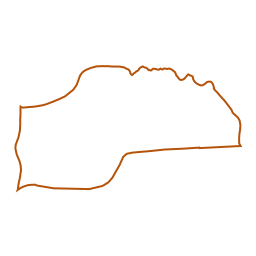 Al Mahfad, Abyan, Yemen
{"feature_id": "15242507B3305834191455", "entity_name": "Al Mahfad", "entity_type": "district", "adm_level": 2, "iso_a3": "YEM", "parent_name": "Yemen", "parent_adm1": "Abyan", "projection": "equal_earth", "projection_center": [46.687, 14.009], "detail": "fine", "context": "isolated", "style": "outline", "palette": "amber", "viewbox_px": 256, "rotation_deg": 0, "n_neighbors": 0, "source": "geoboundaries", "source_scale": "gbopen_adm2", "svg_char_len": 3710}
<svg xmlns="http://www.w3.org/2000/svg" viewBox="0 0 256 256"><path d="M190.1,75.4L189.9,75.3L189.0,74.8L188.2,74.4L187.8,74.8L187.4,75.1L186.8,75.9L186.7,76.1L186.0,76.9L185.3,77.7L184.5,78.5L183.7,79.2L182.7,79.6L181.8,79.9L180.8,79.9L179.9,79.7L179.2,78.9L178.5,78.1L177.8,77.0L177.0,76.2L176.3,75.4L175.9,74.2L175.4,73.1L174.9,72.0L174.0,71.4L173.2,70.7L172.4,70.0L171.6,69.6L170.7,69.1L169.7,68.7L168.7,68.6L167.8,68.9L166.9,69.0L165.9,68.7L165.0,68.5L164.1,68.5L163.2,69.1L162.3,69.5L161.4,69.2L160.5,68.6L159.6,69.2L158.8,69.7L157.8,69.7L156.8,69.3L155.9,69.1L154.9,68.8L153.9,68.8L153.0,68.8L152.2,69.4L151.5,70.3L150.6,70.5L149.6,70.0L148.7,70.1L148.0,69.3L147.3,68.6L146.4,67.9L145.5,67.7L144.5,67.4L143.6,66.9L142.8,66.4L141.9,66.8L141.0,67.3L140.1,67.8L139.3,68.6L138.8,69.6L138.1,70.5L137.2,71.0L136.3,71.4L135.5,72.2L134.5,73.0L133.6,73.5L132.9,74.4L132.0,75.0L131.2,74.4L130.5,73.4L130.2,72.3L129.7,71.1L129.1,70.1L128.3,69.4L127.3,69.1L126.5,68.7L125.6,68.3L124.7,67.6L123.8,67.3L122.9,67.2L122.1,67.1L121.9,67.1L120.8,66.8L119.9,66.6L119.0,66.6L117.9,66.6L116.8,66.5L115.8,66.5L114.6,66.6L113.5,66.5L112.5,66.5L111.5,66.5L110.4,66.3L109.1,66.3L108.1,66.2L107.1,66.2L106.0,66.2L105.1,66.2L104.1,66.2L102.9,66.1L101.7,66.2L100.8,66.2L99.8,66.2L98.7,66.3L97.6,66.3L96.6,66.4L95.7,66.6L94.7,66.9L93.5,67.2L92.6,67.5L91.6,67.7L90.5,68.1L89.4,68.5L88.4,68.9L87.5,69.3L86.5,69.7L85.6,70.2L84.7,70.7L83.7,71.3L83.0,71.9L82.2,72.7L81.3,73.8L80.6,74.7L80.1,75.7L79.6,76.8L79.2,78.0L78.6,79.7L78.1,80.9L77.7,82.1L77.2,83.4L76.8,84.5L76.2,85.6L75.5,86.6L74.9,87.4L74.1,88.7L73.3,89.6L72.6,90.3L71.8,91.0L70.9,91.6L69.9,92.4L69.2,93.1L68.3,93.7L67.5,94.4L66.7,95.0L65.8,95.8L64.9,96.4L64.0,96.9L63.0,97.3L62.1,97.7L61.0,98.3L59.8,98.8L58.9,99.2L57.9,99.7L56.8,100.1L55.8,100.5L54.8,100.9L53.8,101.4L52.7,101.8L51.4,102.3L50.2,102.7L49.0,103.2L48.0,103.6L47.1,103.9L46.2,104.3L45.3,104.5L44.2,104.8L43.2,105.1L42.1,105.3L40.8,105.6L39.6,105.8L38.7,105.9L37.6,106.2L36.6,106.3L35.5,106.5L34.6,106.6L33.6,106.7L32.6,106.8L31.7,106.9L30.7,106.9L29.7,107.0L28.8,107.1L27.7,107.2L26.6,107.3L25.5,107.4L24.5,107.5L23.4,107.6L22.4,107.5L21.3,107.2L20.6,106.7L20.6,107.1L20.5,108.0L20.4,108.9L20.5,109.9L20.5,110.9L20.5,111.9L20.5,112.7L20.5,113.7L20.4,114.7L20.4,115.9L20.4,116.9L20.3,117.8L20.2,118.8L20.2,119.7L20.2,120.6L20.2,121.5L20.3,122.5L20.2,123.5L20.2,124.4L20.2,125.3L20.1,126.3L20.1,127.3L20.0,128.3L20.0,129.4L20.0,130.1L19.3,133.5L18.4,137.6L17.2,140.7L15.7,144.8L15.4,148.4L16.7,154.4L19.5,161.1L20.7,165.8L21.0,170.7L20.9,171.3L20.7,172.1L20.6,173.1L20.4,174.1L20.3,175.1L20.2,175.9L20.1,176.8L19.9,177.7L19.7,178.6L19.5,179.6L19.3,180.5L19.0,181.4L18.9,182.4L18.7,183.2L18.6,184.2L18.4,185.0L18.3,185.9L18.2,186.9L18.0,187.8L18.0,188.7L17.8,189.6L17.7,189.9L18.1,189.6L18.8,189.2L19.5,188.7L20.2,188.2L20.9,187.8L21.6,187.5L22.2,187.2L22.8,186.9L23.7,186.5L24.4,186.3L25.2,186.0L25.8,185.8L26.5,185.6L27.4,185.3L28.2,185.1L29.2,185.0L30.0,185.0L30.8,184.8L31.5,184.8L32.4,184.8L33.1,184.8L33.8,184.8L34.7,184.6L37.4,185.6L53.7,188.3L89.3,189.1L102.2,186.0L103.1,185.6L108.3,182.4L112.4,177.7L119.7,164.8L123.2,156.9L126.7,153.8L132.5,152.6L150.9,151.0L164.9,149.5L173.9,149.1L184.4,148.6L199.2,147.6L199.4,148.1L240.6,146.0L239.2,143.4L239.1,138.6L239.4,134.1L240.1,129.6L240.4,125.2L239.6,120.5L238.0,117.7L236.0,115.8L232.7,112.8L231.5,109.8L224.9,101.1L219.9,95.6L217.3,92.5L215.3,90.5L214.0,88.9L214.2,88.7L213.6,86.3L213.1,84.8L212.6,83.6L211.6,82.3L210.3,81.6L208.9,81.6L206.9,82.1L205.3,83.6L203.7,84.6L202.4,85.2L201.1,85.5L198.8,84.7L196.9,83.6L195.0,82.2L193.6,80.0L193.1,78.9L192.9,77.8L192.6,76.4L191.7,76.0L190.8,75.6L190.1,75.4Z" fill="none" stroke="#b45309" stroke-width="2"/></svg>